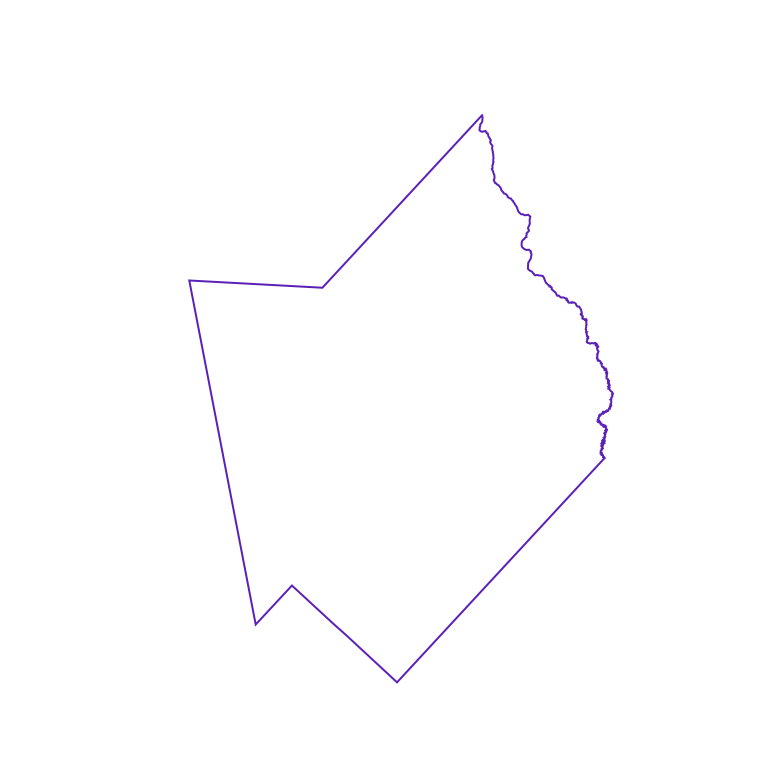 Pilagás, Formosa, Argentina (Albers equal-area conic projection), rotated 43°
{"feature_id": "61730980B93218501090462", "entity_name": "Pilagás", "entity_type": "district", "adm_level": 2, "iso_a3": "ARG", "parent_name": "Argentina", "parent_adm1": "Formosa", "projection": "albers", "projection_center": [-58.554, -25.093], "detail": "fine", "context": "isolated", "style": "outline", "palette": "violet", "viewbox_px": 768, "rotation_deg": 43, "n_neighbors": 0, "source": "geoboundaries", "source_scale": "gbopen_adm2", "svg_char_len": 6129}
<svg xmlns="http://www.w3.org/2000/svg" viewBox="0 0 768 768"><g transform="rotate(43 384 384)"><path d="M454.2,647.4L454.1,594.2L510.6,593.9L528.3,593.5L597.0,593.3L595.8,288.7L596.1,287.9L595.6,287.5L595.0,287.3L594.4,288.0L594.0,288.1L593.3,287.1L592.7,286.7L592.4,286.8L591.7,287.5L591.3,286.8L590.6,287.2L590.2,287.2L590.5,286.3L590.4,285.8L590.1,285.8L589.3,286.4L588.2,285.4L588.1,284.7L588.3,283.8L587.6,283.3L588.0,282.4L588.0,281.8L587.8,281.7L587.1,282.4L586.6,280.9L585.1,281.1L585.1,280.9L586.1,280.2L586.0,279.6L585.5,278.8L584.0,279.5L583.7,279.5L583.4,278.9L583.4,278.3L585.2,278.0L585.6,277.3L585.6,276.8L584.6,276.3L582.9,277.1L582.2,276.8L582.1,276.1L583.8,276.0L584.2,275.6L584.3,275.1L584.1,274.9L583.1,275.1L582.5,274.8L582.8,273.9L582.2,272.8L581.3,273.2L581.4,271.5L581.0,271.5L580.3,270.2L579.2,270.2L578.6,269.7L578.7,269.2L579.5,269.4L579.7,269.2L579.3,268.8L579.4,268.1L578.7,267.6L577.5,267.3L577.4,266.8L577.4,266.5L578.7,266.6L578.5,265.5L578.2,265.3L577.4,265.7L577.2,265.1L576.3,265.0L576.0,264.7L575.4,263.6L575.1,263.8L574.8,264.8L574.4,265.1L574.3,263.9L573.6,263.6L573.2,264.0L573.1,265.1L572.9,265.4L572.6,265.3L572.3,264.5L572.1,264.5L572.0,264.8L571.5,264.9L571.0,265.4L570.6,265.6L569.9,264.6L569.6,264.7L569.5,265.2L569.3,265.4L568.3,264.5L567.8,264.4L567.7,264.5L567.8,265.0L567.5,265.4L566.5,265.9L565.7,265.7L565.6,265.4L566.3,265.5L566.7,264.1L566.1,264.0L565.1,264.7L564.8,264.6L564.7,263.1L563.8,262.5L563.9,261.7L562.9,260.4L563.7,259.9L563.8,259.6L562.9,259.4L562.8,259.1L562.9,258.8L563.3,258.8L563.7,257.2L564.4,256.5L563.2,255.7L563.2,255.1L563.8,255.2L564.2,255.6L564.7,255.5L564.7,255.0L563.9,254.8L563.8,254.4L564.2,253.9L564.9,253.8L565.0,253.3L565.7,252.6L565.7,252.4L564.9,252.1L565.0,251.4L565.4,251.3L565.9,251.5L566.2,251.0L566.2,250.6L565.7,249.8L565.7,249.3L566.0,248.7L565.2,248.3L565.2,248.1L565.8,247.8L565.8,247.5L565.1,247.0L565.3,246.1L565.1,245.9L564.5,246.2L564.3,246.0L564.4,245.6L564.8,245.3L564.8,244.7L563.5,244.3L563.7,243.9L562.8,242.5L561.2,240.9L560.9,240.8L560.3,241.0L560.4,239.7L559.7,239.3L559.7,238.6L559.3,238.0L559.3,237.0L557.8,236.1L558.3,235.5L558.0,234.9L556.3,234.3L554.4,234.5L553.7,234.2L552.7,234.3L551.9,234.0L551.2,234.4L550.8,233.4L550.9,233.1L551.4,233.0L551.4,232.7L550.5,232.2L550.1,232.8L549.8,232.9L549.8,230.9L549.6,230.9L549.2,231.4L548.8,231.4L548.3,230.2L548.0,229.9L547.8,230.0L547.6,230.4L547.2,230.5L547.2,229.7L546.6,229.7L546.2,229.5L546.6,228.5L546.3,228.1L546.0,228.2L545.5,228.8L544.5,227.7L543.5,227.9L543.1,228.2L542.7,227.7L541.8,227.2L541.6,226.0L540.7,225.7L540.5,225.1L539.5,224.8L539.5,224.5L540.0,224.0L539.9,223.7L539.4,223.5L539.1,224.0L538.7,224.1L538.7,223.1L537.9,222.9L537.2,222.1L536.7,222.2L536.3,223.2L535.9,223.3L536.0,222.4L535.7,221.5L534.0,222.6L533.4,222.0L533.0,221.9L532.2,222.5L531.9,222.2L531.1,222.3L530.1,221.7L529.5,220.6L528.5,220.9L528.5,220.4L526.3,219.9L525.6,220.5L524.8,220.2L524.3,221.0L522.8,220.1L522.1,220.0L521.9,219.7L522.2,219.3L521.6,219.1L521.3,218.5L520.8,218.1L520.5,217.1L519.6,216.9L519.3,216.3L519.4,215.3L518.8,214.6L518.7,213.9L518.2,213.7L517.1,213.6L515.8,213.0L515.5,212.2L515.3,210.9L514.2,211.4L514.1,210.3L513.6,210.0L513.3,210.0L512.8,210.9L512.2,211.2L511.5,210.7L511.3,210.2L511.5,209.7L510.7,209.7L510.2,210.1L509.5,211.5L508.0,212.3L507.2,214.0L506.4,214.1L504.8,215.0L504.0,215.1L503.5,214.8L503.2,213.9L502.6,213.3L502.4,212.7L501.5,212.0L501.6,211.7L502.1,211.4L502.1,211.1L501.0,210.1L499.8,210.5L499.6,210.2L498.5,209.7L498.0,208.9L496.9,208.6L496.9,207.6L496.2,207.9L494.9,206.6L494.1,206.3L493.0,204.4L492.0,203.4L491.8,202.5L490.7,201.9L490.3,201.1L489.2,200.5L488.9,199.3L488.6,199.0L487.9,198.9L488.2,199.7L487.5,200.2L487.1,200.2L486.9,199.6L486.7,199.6L485.5,200.5L484.3,200.8L484.0,200.6L483.9,199.7L483.3,198.9L482.5,199.2L481.5,198.7L481.0,199.0L480.5,199.0L480.3,198.7L480.9,198.4L481.0,198.0L480.0,197.1L479.7,196.6L478.3,196.0L477.5,195.3L474.0,194.3L473.8,194.3L472.9,195.3L472.3,195.4L471.0,195.2L469.5,194.5L467.6,194.7L466.9,195.4L465.7,195.8L465.9,196.5L465.7,197.0L464.6,197.4L463.9,198.3L463.4,198.6L463.0,198.6L461.7,197.7L461.1,198.1L460.1,198.1L460.1,197.2L459.3,196.9L458.3,197.6L456.2,198.3L454.3,200.1L451.4,200.2L450.8,201.1L450.3,201.3L447.2,200.2L442.0,200.4L441.3,199.3L440.5,199.1L439.9,199.4L439.0,198.9L438.8,198.9L438.4,199.9L437.2,199.3L436.0,199.6L434.5,199.4L433.5,199.6L429.7,197.9L428.5,197.1L427.4,197.1L426.4,196.7L424.7,197.8L423.5,198.8L422.4,199.3L421.1,200.4L420.8,201.1L420.2,201.5L419.1,201.6L418.3,201.1L417.2,201.3L415.9,200.9L413.4,201.6L410.7,201.6L406.8,197.0L405.9,192.4L403.6,188.7L402.7,188.1L401.5,187.8L401.0,186.8L398.5,187.0L397.9,187.4L397.1,188.6L395.6,189.3L393.9,189.7L391.4,189.6L390.1,188.8L388.5,187.0L387.7,185.7L387.4,184.6L387.4,183.4L387.7,182.3L387.5,180.6L388.0,179.4L386.8,178.4L386.4,177.3L385.5,176.6L385.6,173.3L384.9,172.6L383.1,171.9L382.4,170.4L382.0,168.9L381.3,167.3L378.6,164.7L376.8,161.8L374.0,161.9L373.1,163.2L371.7,164.7L370.0,165.1L368.5,166.3L366.4,166.4L364.6,166.2L360.0,163.8L357.4,163.4L355.7,162.7L354.8,162.8L353.7,162.1L351.9,162.2L350.4,161.8L349.2,162.5L346.8,162.8L345.6,162.1L343.9,162.0L342.9,162.2L342.1,162.7L341.5,162.9L340.6,162.4L339.6,162.5L337.1,162.0L336.4,161.4L335.6,161.0L332.4,160.5L330.5,161.0L329.4,160.7L328.8,161.1L328.3,161.2L327.9,161.2L326.8,160.5L325.9,160.5L325.2,160.0L324.5,158.1L322.3,156.0L319.7,154.9L319.1,154.3L318.5,153.9L316.2,153.3L316.1,152.0L314.2,150.3L313.7,148.7L313.0,148.0L312.8,147.0L311.9,146.5L310.6,145.1L310.0,144.0L308.6,142.9L307.4,141.6L306.1,140.9L305.5,140.0L304.6,139.6L302.1,137.8L301.4,136.4L301.0,136.0L299.4,135.5L298.1,135.5L296.4,134.5L296.2,134.1L296.3,133.4L295.8,132.8L291.4,131.6L289.2,130.1L288.7,130.1L288.2,130.5L287.9,130.5L286.6,129.8L285.9,129.7L285.6,129.8L285.1,130.8L284.4,131.4L284.1,132.3L283.8,132.6L282.5,133.1L281.4,133.3L280.9,133.3L280.4,133.0L279.9,132.0L278.9,131.1L278.5,129.7L277.5,128.7L277.3,128.1L277.2,126.1L276.6,124.7L274.3,121.8L272.8,120.7L272.4,120.6L273.3,355.6L171.0,441.1L274.8,516.7L454.2,647.4Z" fill="none" stroke="#5b21b6" stroke-width="2"/></g></svg>